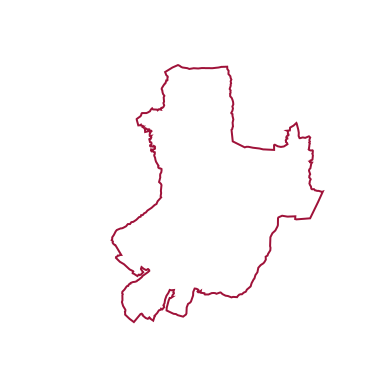 outline of Samburesti, Olt, Romania, rotated 323°
{"feature_id": "2599482B81020237886939", "entity_name": "Samburesti", "entity_type": "district", "adm_level": 2, "iso_a3": "ROU", "parent_name": "Romania", "parent_adm1": "Olt", "projection": "albers", "projection_center": [24.401, 44.822], "detail": "fine", "context": "isolated", "style": "outline", "palette": "rose", "viewbox_px": 384, "rotation_deg": 323, "n_neighbors": 0, "source": "geoboundaries", "source_scale": "gbopen_adm2", "svg_char_len": 6050}
<svg xmlns="http://www.w3.org/2000/svg" viewBox="0 0 384 384"><g transform="rotate(323 192 192)"><path d="M177.0,303.0L182.0,302.7L184.7,300.7L188.8,298.8L189.7,298.7L192.7,296.5L195.9,295.5L199.4,292.4L202.8,291.7L206.2,291.9L208.1,291.4L210.3,290.4L211.9,288.0L214.1,288.2L215.3,287.3L219.4,285.7L221.1,283.8L221.8,282.2L227.4,275.3L231.4,273.3L235.4,272.9L239.6,270.9L240.7,270.1L244.9,264.7L245.8,264.3L249.7,265.2L253.4,269.1L259.9,273.6L258.1,275.7L258.9,276.7L270.5,284.1L286.6,275.9L296.7,270.4L295.5,270.0L295.4,269.4L293.8,267.3L292.6,266.4L291.8,265.2L291.3,264.8L291.1,263.1L289.7,262.2L289.4,261.9L289.3,261.1L290.3,259.2L290.5,257.2L291.0,255.7L291.9,255.1L292.4,254.4L294.5,253.2L294.4,250.9L295.6,249.6L297.1,248.9L298.1,245.8L298.5,245.1L299.5,244.5L300.8,244.3L304.1,241.3L305.6,240.7L304.2,239.3L304.5,238.9L304.4,238.4L305.1,238.7L305.3,238.2L305.6,238.1L307.0,238.6L307.7,238.6L310.6,235.5L311.2,233.8L311.6,233.8L313.1,232.1L313.4,231.6L313.3,231.2L311.8,230.3L310.9,229.0L310.8,228.2L312.0,227.4L312.4,226.7L312.9,226.4L314.1,225.0L315.2,224.3L315.3,223.1L316.4,222.8L316.5,221.9L317.4,220.8L319.2,219.6L318.9,217.9L315.0,216.9L313.3,215.1L310.6,214.0L310.3,213.7L310.9,211.4L312.9,209.0L314.5,205.9L316.8,200.3L316.9,199.7L313.1,200.1L309.1,199.6L307.2,201.7L304.7,200.2L305.2,201.2L303.6,203.2L303.8,203.9L303.4,204.6L302.9,204.8L302.2,204.4L300.9,204.6L300.1,205.3L300.6,206.2L300.3,206.8L299.3,206.6L298.0,207.1L297.9,207.7L297.1,208.6L297.4,210.2L297.0,211.3L292.7,210.9L290.1,209.5L288.0,207.1L286.6,204.1L286.2,203.9L285.7,204.0L282.9,207.8L274.4,200.7L272.1,197.9L267.3,193.3L264.2,189.8L262.7,188.7L261.0,188.1L255.0,176.1L261.0,166.1L261.9,166.0L263.4,164.7L264.1,164.4L266.2,161.0L268.7,158.9L270.2,155.5L271.2,154.2L270.8,153.0L270.9,152.5L273.1,151.5L275.0,149.9L275.7,148.0L277.6,147.0L278.1,146.3L279.0,144.8L279.7,143.0L280.3,140.8L280.1,138.6L280.3,138.2L281.1,137.3L281.4,136.5L282.5,136.0L283.2,134.8L284.0,134.1L284.0,132.6L284.3,132.2L286.8,130.5L287.7,129.2L288.6,128.8L289.5,126.8L291.1,125.9L291.4,124.4L292.3,122.6L292.1,119.7L294.2,117.2L294.2,115.1L295.5,113.1L290.8,109.8L288.2,108.6L282.8,105.4L274.4,98.9L271.3,97.1L267.9,94.2L263.9,92.1L262.8,90.3L259.3,86.8L258.6,85.5L258.0,83.6L257.2,82.2L251.3,80.8L242.7,80.0L241.8,83.3L242.1,84.9L241.9,85.6L241.1,86.0L239.7,87.9L239.3,88.0L238.6,87.4L236.4,89.1L235.4,89.0L234.9,89.5L234.0,89.5L230.2,91.0L229.5,92.0L229.5,92.8L228.5,94.6L227.9,96.2L227.8,98.6L226.4,99.3L224.0,103.1L222.8,103.7L222.5,104.2L222.0,106.0L220.6,106.8L219.1,107.0L218.2,106.8L218.1,106.4L216.9,106.6L216.7,107.5L215.4,106.0L213.7,106.1L213.7,105.2L210.7,102.7L210.5,102.4L210.5,101.2L208.8,101.4L207.0,102.2L204.5,101.9L203.1,101.5L199.6,98.9L198.9,99.0L197.8,99.9L196.5,100.5L191.8,100.4L191.4,100.9L189.2,106.5L190.6,107.4L191.7,107.5L191.4,108.3L192.4,109.4L191.8,110.0L192.6,110.6L191.8,110.7L192.3,112.2L191.6,112.2L193.2,113.0L193.5,113.9L192.7,113.8L191.8,114.1L190.7,115.9L194.0,117.3L194.6,116.4L194.1,115.1L195.6,116.3L195.4,117.5L194.9,117.8L196.3,118.6L196.3,119.0L195.2,119.2L194.4,118.9L193.9,119.9L193.0,120.3L192.0,121.8L192.2,122.1L193.0,122.5L192.5,122.6L192.3,123.2L192.6,123.5L192.4,123.9L191.0,124.7L190.6,124.6L190.2,124.1L189.7,124.1L188.5,126.9L189.3,127.9L188.9,128.9L188.2,129.6L187.6,129.7L186.9,129.4L186.5,129.6L186.2,130.3L186.4,130.8L188.6,132.2L189.2,132.1L189.5,132.9L189.1,133.0L189.6,133.4L189.5,133.9L188.8,134.3L188.6,135.0L188.1,135.2L186.0,134.5L185.0,133.4L184.2,134.2L184.3,135.4L185.5,136.2L185.6,137.1L186.2,137.9L185.1,139.3L184.1,139.7L183.7,140.3L183.1,142.5L182.3,144.0L181.5,146.1L181.0,151.0L180.5,151.1L179.8,152.2L180.1,153.3L180.9,154.1L181.5,155.2L180.9,156.2L179.3,157.8L177.4,158.6L176.2,160.0L175.4,161.3L171.7,164.2L172.1,166.7L171.8,168.1L167.8,172.4L166.7,174.3L164.6,176.3L164.3,176.7L164.2,177.7L159.0,178.7L156.4,180.2L154.2,179.9L150.2,180.3L145.2,180.0L142.9,180.6L140.9,180.2L139.2,180.7L138.6,180.7L137.5,179.9L136.1,180.8L134.7,180.2L130.8,180.7L127.2,180.5L125.4,179.6L123.2,180.3L121.4,179.0L118.8,179.7L115.5,179.2L114.1,178.8L113.0,178.1L109.1,177.1L107.4,177.5L103.7,179.3L101.0,180.2L100.1,181.4L98.9,182.1L99.2,182.6L99.0,183.0L99.0,184.0L98.1,184.7L98.0,186.0L98.6,188.6L98.8,188.6L97.6,199.7L96.7,199.1L95.1,198.7L94.5,198.1L93.6,198.5L92.3,198.2L91.6,198.8L92.4,204.3L94.2,208.7L95.6,216.3L97.3,219.7L97.3,220.0L96.9,220.0L95.7,221.2L96.4,222.4L97.8,226.3L99.6,225.9L100.3,226.5L100.3,226.9L101.5,227.2L104.8,226.7L104.7,225.1L104.8,223.1L104.9,222.7L106.5,221.6L107.2,224.3L108.3,226.6L109.0,227.0L110.1,226.9L110.6,227.2L110.8,228.6L110.4,229.3L108.4,229.5L102.0,229.3L100.6,229.8L96.1,230.0L95.3,229.7L94.2,230.0L92.4,229.4L90.7,228.4L88.2,227.7L87.7,228.2L86.6,227.8L85.8,227.9L84.6,228.6L83.9,228.1L82.6,228.2L79.3,229.3L76.5,229.7L75.3,230.8L75.2,232.0L74.3,232.5L71.3,236.6L69.8,237.7L68.4,241.5L67.9,246.0L67.1,247.0L66.4,247.2L65.8,248.4L64.8,249.7L65.8,255.7L67.3,260.9L77.4,258.5L78.6,258.9L78.8,260.3L78.3,260.8L78.4,261.3L79.2,264.8L80.4,266.7L82.5,266.5L82.6,267.6L82.4,267.8L83.6,271.4L86.7,269.2L87.4,269.0L87.4,268.4L91.4,267.7L94.3,266.6L95.9,267.1L97.0,266.6L97.3,267.8L97.5,267.9L100.5,267.2L100.7,266.3L101.1,266.1L101.0,265.3L103.1,264.3L105.7,261.8L109.2,259.5L112.4,258.4L115.3,256.8L116.4,258.1L118.6,259.4L116.7,260.9L116.8,261.8L116.5,262.1L114.3,262.7L112.8,263.8L113.1,264.0L111.1,263.9L110.4,263.2L107.9,264.7L102.2,269.2L100.4,271.3L104.0,278.2L105.7,279.8L106.5,281.8L109.9,286.2L113.4,286.2L114.5,285.6L118.3,281.0L121.5,279.0L123.6,279.2L125.2,278.9L130.6,275.3L132.8,272.6L136.0,270.7L137.0,271.6L138.0,273.2L138.1,274.2L136.5,274.8L136.6,275.8L137.1,276.2L137.7,275.6L138.6,276.3L139.5,276.3L138.3,277.4L138.4,277.8L141.0,280.3L140.5,281.3L140.7,281.7L143.6,283.8L146.9,284.6L148.1,285.4L149.5,286.5L150.3,288.0L154.1,289.2L154.5,289.7L154.9,291.9L156.4,295.0L158.1,296.7L160.1,299.9L161.7,300.5L164.7,303.1L165.8,302.7L167.9,302.4L169.3,302.9L170.3,303.7L172.8,303.5L174.8,304.0L175.7,303.7L177.0,303.0Z" fill="none" stroke="#9f1239" stroke-width="2"/></g></svg>